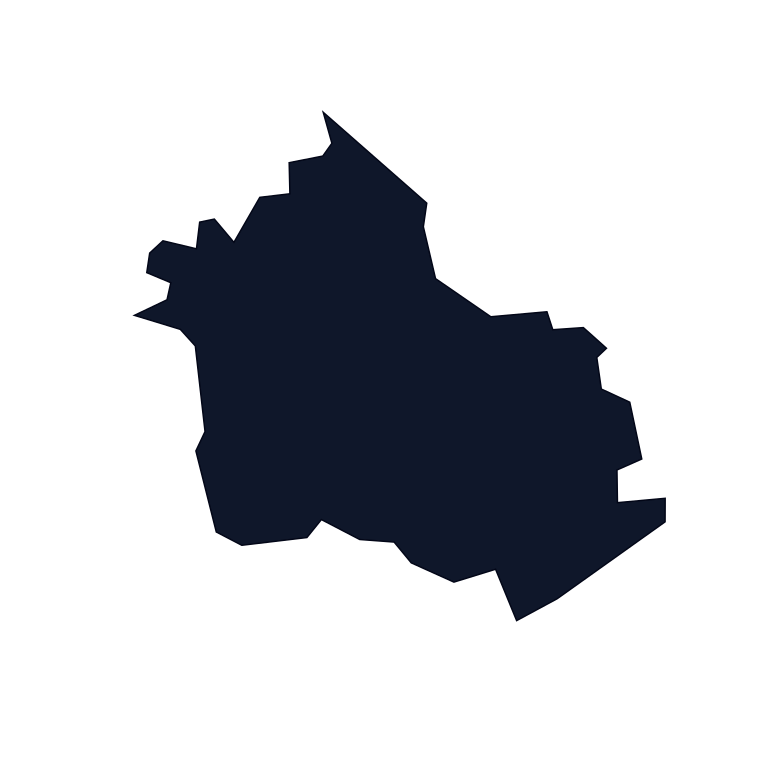 Anderson, Kentucky, United States of America, rotated 244°
{"feature_id": "52423323B73642755696562", "entity_name": "Anderson", "entity_type": "district", "adm_level": 2, "iso_a3": "USA", "parent_name": "United States of America", "parent_adm1": "Kentucky", "projection": "robinson", "projection_center": [-84.971, 38.007], "detail": "fine", "context": "isolated", "style": "filled", "palette": "ink", "viewbox_px": 768, "rotation_deg": 244, "n_neighbors": 0, "source": "geoboundaries", "source_scale": "gbopen_adm2", "svg_char_len": 747}
<svg xmlns="http://www.w3.org/2000/svg" viewBox="0 0 768 768"><g transform="rotate(244 384 384)"><path d="M314.6,586.9L318.6,599.6L347.3,587.9L358.8,559.5L377.5,562.1L397.6,509.5L456.1,476.5L508.1,488.3L527.8,501.7L654.8,448.5L623.2,442.7L615.7,428.9L624.5,395.8L596.2,382.8L606.2,354.2L577.1,311.2L606.6,303.8L610.3,289.3L587.7,274.7L609.6,248.1L604.4,230.8L588.1,219.6L568.5,236.8L554.8,225.9L555.1,189.8L522.4,224.9L500.9,231.1L419.7,202.3L406.3,185.6L324.5,168.4L301.4,185.5L279.8,247.4L289.6,268.3L254.9,294.0L237.5,323.8L211.3,330.1L175.3,360.0L168.6,403.1L113.2,399.5L115.1,445.5L136.9,576.2L158.0,586.6L175.0,541.8L204.6,555.7L203.6,582.8L259.9,596.9L284.2,577.1L314.6,586.9Z" fill="#0f172a" stroke="#020617" stroke-width="1.5"/></g></svg>